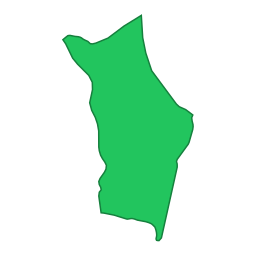 the District of Ntcheu
{"feature_id": "MWI-1912", "entity_name": "Ntcheu", "entity_type": "District", "adm_level": 1, "iso_a3": "MWI", "parent_name": "Malawi", "parent_adm1": "", "projection": "orthographic", "projection_center": [34.67, -14.815], "detail": "fine", "context": "isolated", "style": "filled", "palette": "green", "viewbox_px": 256, "rotation_deg": 0, "n_neighbors": 0, "source": "natural_earth", "source_scale": "10m", "svg_char_len": 1141}
<svg xmlns="http://www.w3.org/2000/svg" viewBox="0 0 256 256"><path d="M101.1,212.8L98.8,196.0L99.3,192.2L101.2,189.8L100.7,187.3L99.3,184.6L98.8,181.5L100.1,178.4L104.4,172.3L106.0,169.1L106.4,165.3L104.8,162.0L102.5,158.7L100.6,155.2L99.3,150.8L98.8,147.1L98.7,130.9L97.5,123.9L95.3,117.4L91.7,110.3L89.7,102.8L92.5,89.7L92.3,82.3L88.8,75.4L77.7,64.3L72.7,58.2L65.7,43.8L62.9,39.7L65.5,37.5L67.8,35.7L68.8,35.5L70.0,35.4L75.0,36.4L78.2,36.7L80.1,37.2L81.5,37.9L82.8,38.9L84.3,39.8L87.8,41.4L90.3,43.7L92.5,43.9L95.9,43.1L108.0,38.1L124.1,26.0L141.3,15.4L142.7,37.7L145.8,53.1L151.7,70.8L176.4,104.1L179.2,106.7L185.7,109.6L192.8,115.0L191.7,117.7L192.1,120.9L193.0,124.6L193.1,126.7L192.7,129.6L189.1,142.2L188.2,144.2L177.3,159.2L176.7,160.7L176.5,161.7L177.1,163.7L177.2,165.3L177.2,167.1L161.4,237.9L159.0,240.6L158.0,240.6L156.6,240.3L156.2,239.5L156.1,238.5L156.6,236.2L156.7,235.0L156.5,232.7L156.0,230.3L155.0,227.2L153.3,225.4L151.5,223.8L149.0,222.7L145.8,221.7L137.4,220.1L134.4,219.0L132.7,218.6L131.1,218.5L127.6,219.1L126.6,219.0L114.0,215.1L104.0,213.1L101.1,212.8Z" fill="#22c55e" stroke="#15803d" stroke-width="1.5"/></svg>